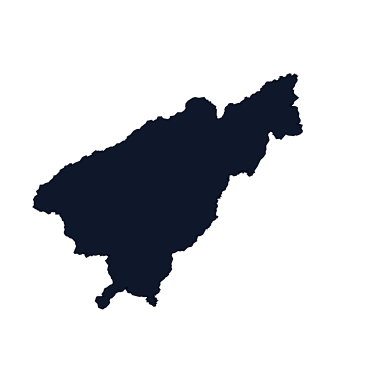 Ngororero, Western, Rwanda, rotated 242°
{"feature_id": "39286606B38913138871456", "entity_name": "Ngororero", "entity_type": "district", "adm_level": 2, "iso_a3": "RWA", "parent_name": "Rwanda", "parent_adm1": "Western", "projection": "equal_earth", "projection_center": [29.551, -1.904], "detail": "fine", "context": "isolated", "style": "filled", "palette": "ink", "viewbox_px": 384, "rotation_deg": 242, "n_neighbors": 0, "source": "geoboundaries", "source_scale": "gbopen_adm2", "svg_char_len": 6027}
<svg xmlns="http://www.w3.org/2000/svg" viewBox="0 0 384 384"><g transform="rotate(242 192 192)"><path d="M265.4,55.3L262.3,55.2L261.7,54.6L261.3,51.3L259.6,48.7L257.0,48.5L256.1,47.6L254.1,46.9L253.3,44.9L250.6,46.4L250.3,47.5L249.2,47.2L248.2,48.4L246.9,48.6L245.8,49.9L245.7,51.5L244.0,53.2L240.3,55.1L239.9,56.6L240.7,57.6L240.9,59.5L239.9,60.2L239.4,61.4L239.6,62.2L238.1,62.4L236.5,61.7L234.9,65.2L232.9,64.6L230.1,65.2L227.9,64.6L226.4,65.6L223.4,64.6L222.4,65.0L220.8,63.1L218.3,62.7L216.4,60.6L214.9,60.1L212.6,60.6L211.3,62.1L209.2,62.9L207.4,64.8L202.5,66.0L201.0,65.2L198.2,65.0L193.9,59.8L193.5,60.4L192.9,60.0L192.0,62.4L190.0,63.3L190.0,63.9L189.4,64.8L189.5,66.8L188.4,67.7L188.2,68.5L186.8,68.4L186.7,69.2L186.1,68.1L184.2,68.2L184.2,72.9L182.9,73.7L183.3,75.1L181.5,77.6L181.2,80.4L179.5,82.0L178.9,81.6L178.3,83.9L177.7,84.1L177.8,84.7L177.2,85.2L176.9,87.0L175.3,88.0L174.5,89.3L171.9,85.1L171.8,83.7L168.2,84.0L166.9,84.8L162.7,81.2L161.3,81.4L159.4,80.6L154.9,81.2L153.6,80.6L152.3,81.2L149.0,80.3L147.5,78.9L147.7,75.4L147.1,72.1L147.3,69.6L145.0,67.2L143.9,64.8L141.4,65.1L141.9,62.7L143.7,59.5L143.7,58.5L141.0,55.7L137.5,56.8L134.1,55.6L130.9,58.3L130.9,59.3L131.6,59.9L131.1,60.3L131.1,62.1L132.4,66.0L133.3,67.2L135.1,67.5L137.0,69.7L136.5,71.3L136.7,72.5L137.6,75.2L138.8,76.7L138.9,80.1L137.6,82.7L137.3,84.5L138.2,86.4L138.0,89.8L136.6,88.2L134.5,88.8L134.0,88.3L132.9,89.1L131.8,91.1L129.5,91.4L124.5,96.9L124.2,98.5L122.6,100.2L121.0,103.5L119.6,103.7L118.5,101.4L117.8,102.0L116.3,101.1L115.8,102.8L115.0,103.1L114.2,102.3L112.8,102.6L111.6,104.0L109.3,104.7L108.8,106.3L110.3,106.9L110.6,108.1L112.0,107.4L112.4,107.8L112.2,109.4L112.8,109.5L112.8,110.2L113.4,109.8L115.0,110.3L115.4,109.8L115.2,109.1L116.3,108.6L117.2,109.4L118.2,109.1L119.0,110.2L118.4,111.4L119.2,112.7L118.9,113.6L119.4,114.9L119.1,115.2L119.9,116.4L120.5,116.5L120.8,117.7L123.6,117.3L125.2,119.9L127.8,121.2L128.9,126.9L129.7,128.0L129.6,129.8L130.3,132.4L132.0,133.4L131.8,134.5L133.5,137.6L135.7,138.0L137.1,139.2L138.1,138.8L142.1,143.3L145.6,143.5L147.8,145.5L146.9,148.4L147.2,152.3L145.8,153.9L145.6,155.6L144.2,157.3L145.6,161.8L145.3,164.2L144.6,165.5L144.8,166.7L146.2,168.6L147.0,168.9L146.7,169.8L146.9,173.0L147.6,173.0L149.5,175.0L150.3,174.8L150.4,176.1L151.2,177.3L151.0,178.3L150.3,178.0L149.9,178.9L149.9,181.6L152.3,185.1L152.9,184.8L153.3,187.4L152.7,188.1L153.6,188.6L153.1,190.4L153.8,190.9L154.3,192.9L155.5,193.3L156.4,195.5L157.5,196.6L157.0,198.3L157.3,200.2L158.5,201.6L157.7,202.2L158.3,202.9L160.2,200.9L160.5,201.8L162.4,202.6L164.1,204.4L164.5,203.5L165.1,203.5L165.4,204.9L166.1,204.9L167.4,207.5L169.0,208.0L170.5,207.0L171.2,209.1L172.5,210.5L173.5,209.9L175.0,210.9L173.9,213.6L175.4,213.6L175.6,214.2L174.9,215.3L176.0,215.4L176.7,216.2L176.8,217.2L177.6,217.2L178.9,219.0L178.7,222.3L180.2,223.8L181.8,226.7L184.3,228.3L185.2,230.2L186.1,229.6L186.5,230.4L187.3,229.9L187.4,231.1L189.9,232.8L188.7,235.8L187.0,236.5L186.2,239.0L186.9,240.3L186.2,241.7L187.3,242.5L186.7,242.5L187.0,243.6L186.7,243.9L187.2,244.6L186.5,245.2L187.0,245.6L186.2,246.4L185.2,246.3L185.9,247.8L184.6,248.6L184.5,250.2L183.4,249.7L182.0,250.6L181.5,249.6L181.0,250.2L180.1,249.7L179.2,250.3L179.0,253.1L180.1,253.8L180.2,256.2L181.7,256.3L184.3,261.3L188.8,267.4L189.6,270.8L191.5,274.5L194.2,275.8L194.8,277.0L198.5,278.6L201.5,283.8L202.6,284.5L204.2,284.3L204.6,285.1L205.8,284.8L207.6,285.9L208.6,287.0L208.6,288.2L209.3,288.9L209.4,289.9L208.5,290.3L207.9,291.6L206.8,291.5L206.4,292.1L204.9,290.9L204.5,291.6L203.3,291.5L202.9,292.0L201.7,291.6L200.1,292.4L200.1,291.7L199.7,291.7L198.5,294.8L197.0,295.4L199.6,302.1L197.2,304.0L194.2,308.5L194.5,309.7L193.2,311.3L192.8,314.8L193.3,315.5L193.1,316.4L193.6,317.5L194.5,318.0L196.9,317.7L199.3,320.3L202.0,317.6L202.8,317.5L203.4,320.1L204.1,320.1L204.7,321.1L208.5,321.0L211.4,323.0L214.9,323.0L216.8,324.4L218.4,323.5L220.4,320.3L222.8,319.8L222.4,321.8L223.0,323.2L223.6,323.0L224.4,324.5L225.4,329.8L230.5,327.8L232.4,327.9L234.0,329.1L234.2,328.6L236.1,328.3L237.6,331.9L239.4,333.5L240.9,336.6L242.1,337.5L244.1,337.2L244.8,339.1L245.2,338.6L246.0,339.0L246.8,337.2L247.9,338.4L247.1,335.5L247.5,334.2L248.2,333.4L249.5,334.4L250.2,333.7L250.5,330.8L249.6,330.3L249.2,328.1L250.1,326.1L251.6,325.6L252.3,323.9L250.4,323.1L250.9,321.9L250.0,321.5L249.9,319.9L250.4,318.7L250.4,317.4L251.4,318.0L252.1,317.3L251.4,314.0L252.4,312.6L252.2,311.6L253.3,310.8L253.6,309.7L253.1,308.0L251.8,306.6L251.9,304.2L250.9,304.1L250.6,301.1L248.6,300.4L248.6,298.7L249.6,296.6L248.7,293.5L249.5,291.6L248.8,289.1L247.1,287.4L248.5,285.8L248.8,284.7L249.9,284.6L250.2,283.3L248.7,282.2L248.1,277.3L247.2,275.9L247.8,275.5L248.5,273.2L248.9,270.3L249.7,269.2L250.8,269.2L252.0,267.1L252.1,265.8L251.1,264.3L250.7,261.5L249.2,259.9L247.6,259.5L246.8,258.2L245.7,257.4L243.3,253.4L243.5,250.1L244.5,248.6L245.5,248.2L247.1,249.1L248.3,249.0L253.5,252.0L254.5,251.2L256.2,252.8L257.3,252.4L258.1,251.4L259.6,251.4L260.8,250.0L262.8,250.5L263.5,248.6L265.4,248.8L266.3,247.4L269.6,246.9L271.3,241.8L273.6,239.2L274.2,236.9L273.8,231.3L272.6,228.3L270.2,226.7L268.8,226.8L267.6,224.7L267.1,224.6L266.6,219.8L268.5,216.6L267.1,212.3L268.4,208.4L267.0,207.4L266.9,204.8L269.7,201.1L270.9,200.3L272.5,200.2L273.9,197.3L272.1,195.1L272.4,193.3L272.1,190.1L274.0,189.9L275.2,185.8L273.8,183.9L272.7,177.7L271.4,175.9L272.8,172.5L272.8,169.3L270.7,164.3L270.9,161.4L270.6,160.7L269.3,160.4L269.2,158.5L268.0,157.5L269.0,154.9L268.3,150.8L269.5,148.5L268.6,145.8L268.6,143.0L269.7,141.1L269.7,138.7L270.2,137.0L268.9,132.8L270.2,132.0L270.8,129.4L271.8,128.7L272.2,127.1L273.4,126.2L272.6,122.0L271.3,122.2L271.7,115.4L273.4,115.3L273.6,111.7L271.4,107.6L272.1,102.3L271.7,99.2L272.1,98.4L273.3,98.7L274.0,97.5L273.3,94.1L274.1,92.5L273.8,91.4L272.8,91.3L272.9,86.5L272.7,85.7L271.7,85.3L270.0,79.8L270.7,77.7L269.8,77.2L268.7,75.3L268.1,72.1L267.2,70.2L268.0,66.3L267.7,63.9L269.0,61.2L265.9,58.4L265.4,55.3Z" fill="#0f172a" stroke="#020617" stroke-width="1.5"/></g></svg>